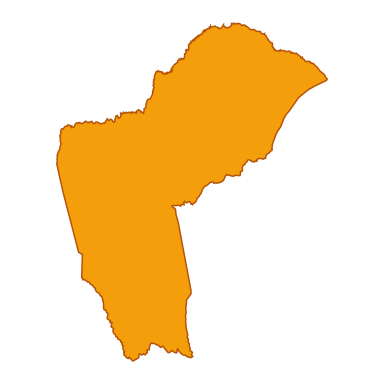 outline of Isiolo South, Eastern, Kenya
{"feature_id": "3690345B50246984625368", "entity_name": "Isiolo South", "entity_type": "district", "adm_level": 2, "iso_a3": "KEN", "parent_name": "Kenya", "parent_adm1": "Eastern", "projection": "equal_earth", "projection_center": [38.678, 0.562], "detail": "fine", "context": "isolated", "style": "filled", "palette": "amber", "viewbox_px": 384, "rotation_deg": 0, "n_neighbors": 0, "source": "geoboundaries", "source_scale": "gbopen_adm2", "svg_char_len": 5870}
<svg xmlns="http://www.w3.org/2000/svg" viewBox="0 0 384 384"><path d="M191.0,290.6L178.1,221.9L176.1,215.1L175.5,209.5L174.7,208.2L173.4,207.8L172.0,206.1L172.5,205.4L175.7,205.7L178.7,205.2L180.7,206.1L181.6,204.5L184.2,204.7L183.8,202.6L184.5,201.4L186.7,202.9L188.3,201.7L189.6,201.7L190.3,202.1L190.8,203.9L192.7,204.7L193.0,203.7L194.6,203.0L196.2,201.1L197.7,197.5L199.1,196.6L199.5,195.3L200.8,193.9L202.4,189.6L204.1,187.0L205.5,185.9L206.8,185.5L210.5,182.3L213.1,181.8L213.8,183.3L215.4,182.9L217.0,183.2L218.0,182.6L219.1,182.9L220.1,182.1L220.8,182.2L223.5,180.4L225.6,175.6L226.5,174.7L227.6,175.2L228.6,174.8L230.5,175.7L233.5,176.3L235.3,175.3L239.9,175.6L240.4,174.8L240.3,172.8L240.7,171.5L242.0,171.3L242.5,170.3L242.3,167.8L243.2,165.2L244.8,164.7L245.3,163.1L246.9,161.9L247.5,160.3L248.4,159.7L250.8,160.5L251.9,161.7L253.1,161.5L254.2,162.1L255.5,160.9L256.8,161.2L257.1,160.9L257.0,159.6L257.8,158.9L260.0,158.4L263.5,159.1L264.1,158.5L265.5,158.4L265.7,156.6L266.6,154.5L269.7,152.4L270.4,151.2L271.8,150.5L272.3,149.4L271.9,148.9L272.5,143.8L276.0,134.4L277.5,131.4L280.8,126.6L283.7,118.8L286.2,114.5L289.7,110.3L298.6,97.6L307.8,90.0L314.5,86.2L326.4,80.4L327.3,79.0L325.9,77.7L324.6,74.8L319.8,70.8L317.1,67.1L314.6,65.1L313.9,63.9L312.5,63.5L311.8,62.8L310.5,63.0L310.0,61.7L309.3,61.8L308.9,61.2L307.0,61.6L305.1,61.2L304.3,59.7L303.3,59.2L302.2,57.1L301.2,58.0L300.2,56.4L296.2,53.2L295.6,53.7L293.0,52.8L291.8,53.1L291.6,52.5L290.8,52.7L290.8,51.9L289.0,51.0L285.8,51.8L284.6,50.5L282.5,50.7L281.1,50.2L280.4,50.6L280.1,49.9L279.0,51.3L277.8,50.6L275.7,50.8L274.7,49.3L274.2,49.8L273.5,47.7L272.6,47.1L272.7,46.4L272.1,45.7L272.7,44.1L272.0,42.8L270.8,42.6L269.1,41.1L267.4,38.2L266.8,37.8L265.9,35.4L264.5,34.7L264.5,33.5L263.5,34.0L261.4,33.6L260.3,31.5L256.3,31.3L254.2,29.5L250.7,29.7L247.2,26.7L246.0,26.4L245.7,25.5L243.3,24.9L241.9,25.6L240.0,23.8L237.9,23.4L237.1,24.0L235.9,23.6L234.9,24.1L233.6,23.0L232.0,24.5L231.6,24.0L231.6,24.9L229.8,27.1L226.6,28.0L225.5,26.9L224.8,27.0L223.5,25.5L223.5,24.8L221.5,27.8L220.3,28.5L218.8,28.5L218.6,27.8L215.9,26.8L215.4,26.1L211.1,27.2L210.6,26.0L210.3,28.0L209.3,27.2L209.0,28.5L207.2,28.8L205.2,31.3L204.9,29.9L203.5,30.6L203.6,31.6L203.0,31.5L202.1,34.0L201.4,33.8L200.5,35.2L198.9,35.1L198.8,36.4L197.9,35.9L197.7,37.1L196.8,37.0L196.6,37.8L196.2,37.4L196.0,38.1L195.2,38.0L195.0,39.6L194.4,40.6L194.0,40.5L193.7,39.4L192.7,40.1L192.4,41.3L191.0,41.2L190.6,42.2L190.9,43.3L189.6,43.4L189.0,45.1L188.5,45.2L188.7,49.3L188.3,50.2L187.8,50.4L186.9,49.4L185.5,50.4L186.2,52.4L185.6,53.5L184.6,53.8L184.6,57.2L183.8,58.3L183.8,59.1L182.6,59.5L181.8,58.3L181.3,58.4L181.1,58.9L180.4,58.8L179.9,59.7L179.2,59.0L178.9,60.0L177.6,60.9L177.6,62.4L174.2,64.7L173.8,65.9L172.4,66.9L172.4,68.0L171.6,68.4L172.3,70.7L172.0,70.8L171.3,70.0L171.2,71.8L170.3,71.2L169.8,72.6L167.6,72.4L167.5,73.3L166.9,73.8L166.2,72.8L165.5,74.1L164.8,73.4L163.4,73.9L162.7,72.3L161.8,72.8L161.5,71.7L159.6,71.8L158.2,70.7L157.4,71.8L156.3,71.5L154.4,76.1L154.5,78.8L153.5,80.0L154.1,81.2L153.2,82.5L154.0,84.2L153.3,84.7L153.1,85.4L154.1,87.7L153.3,88.6L153.6,90.1L152.7,90.7L152.6,94.0L150.3,98.7L148.0,99.5L147.1,100.4L146.7,102.6L145.9,104.0L145.9,106.7L145.4,108.1L144.0,108.8L144.2,110.3L143.5,113.3L142.7,113.0L141.4,111.5L140.5,112.0L140.1,110.7L138.4,109.7L136.3,111.5L136.7,112.5L136.2,113.1L134.8,112.4L133.6,112.6L132.2,111.8L131.8,113.1L131.4,113.3L130.4,112.4L129.1,112.2L127.8,112.9L126.4,112.3L124.7,113.2L123.6,112.2L122.3,113.9L121.5,113.2L120.6,113.1L120.9,115.0L120.7,116.5L119.8,117.7L118.7,118.2L118.4,118.2L118.1,116.7L117.3,115.6L116.2,115.7L115.1,118.9L114.6,121.7L114.1,122.2L113.6,122.2L111.8,119.8L110.7,119.2L108.8,120.6L107.2,118.7L106.2,120.8L105.1,122.1L104.8,123.2L103.4,123.0L100.3,123.9L98.3,122.4L97.2,122.5L96.3,121.9L95.7,122.1L94.6,123.7L93.0,123.2L92.0,121.4L90.4,121.7L89.6,122.5L88.8,122.2L88.3,122.6L86.8,122.2L86.4,121.4L85.6,121.2L82.5,123.5L81.4,123.5L79.3,122.4L78.5,123.1L77.3,122.7L75.7,123.4L74.0,127.1L72.2,127.6L71.6,127.2L71.8,126.0L70.7,126.4L70.3,125.5L67.7,124.9L67.2,125.9L64.9,126.6L63.0,129.1L61.9,128.8L61.2,129.4L60.7,131.4L61.0,132.6L59.8,136.1L60.5,137.5L60.2,140.2L61.0,144.1L60.2,146.3L59.8,149.2L58.2,151.9L57.5,155.0L57.1,155.1L57.4,156.5L57.0,159.6L57.3,161.9L56.7,163.6L62.9,191.5L78.4,251.4L78.7,252.3L82.4,254.6L81.7,277.2L83.1,279.8L83.5,279.3L85.6,280.3L87.8,282.1L89.0,282.0L90.8,284.6L92.0,284.7L94.5,287.9L95.3,288.3L95.4,289.8L96.2,291.2L97.2,292.3L99.0,293.3L99.9,294.4L100.1,295.5L101.9,296.8L103.6,303.7L103.5,307.4L104.0,309.4L104.3,310.0L106.1,310.4L106.5,312.6L107.8,313.2L108.1,313.9L107.1,317.8L107.3,318.8L110.3,320.8L110.5,321.3L109.9,322.0L110.0,322.5L112.1,322.7L111.4,324.2L111.6,325.1L111.0,326.7L113.7,328.6L112.9,330.4L113.5,333.1L115.3,334.7L116.1,336.9L117.5,337.3L117.9,339.2L118.9,339.4L120.9,340.9L120.6,341.9L122.3,342.8L121.8,343.9L122.3,345.3L123.2,345.7L122.8,346.0L123.1,349.6L124.0,350.7L123.9,351.9L124.6,352.0L123.8,353.4L124.3,353.9L124.0,355.1L125.8,356.3L125.8,356.8L127.0,358.0L128.3,358.5L129.2,357.2L132.2,360.6L133.0,361.0L138.0,358.2L138.8,357.1L139.1,354.5L139.7,353.8L141.3,354.9L142.4,354.8L143.4,353.9L145.3,354.8L146.3,353.3L147.3,352.7L147.1,349.9L149.1,350.0L149.4,347.2L150.5,343.9L151.7,342.9L152.8,343.6L154.6,343.5L156.6,344.9L158.2,345.1L160.4,347.3L161.3,347.3L162.2,346.2L162.7,346.2L168.1,352.7L170.0,352.4L171.3,350.5L175.4,352.8L176.6,352.8L177.0,352.1L177.1,349.8L177.7,349.0L179.2,351.4L182.4,354.7L185.4,355.3L187.2,356.8L188.4,356.8L189.7,357.5L191.1,357.6L192.8,356.4L191.5,354.9L192.4,352.4L191.2,351.2L189.9,350.6L190.2,348.4L189.4,346.4L189.3,343.5L188.1,341.9L188.4,339.2L187.2,337.4L187.7,334.7L186.2,328.0L185.6,321.4L185.8,319.3L185.5,316.0L186.1,312.7L185.7,307.4L186.2,305.7L186.6,299.9L191.0,293.8L191.0,290.6Z" fill="#f59e0b" stroke="#b45309" stroke-width="1.5"/></svg>